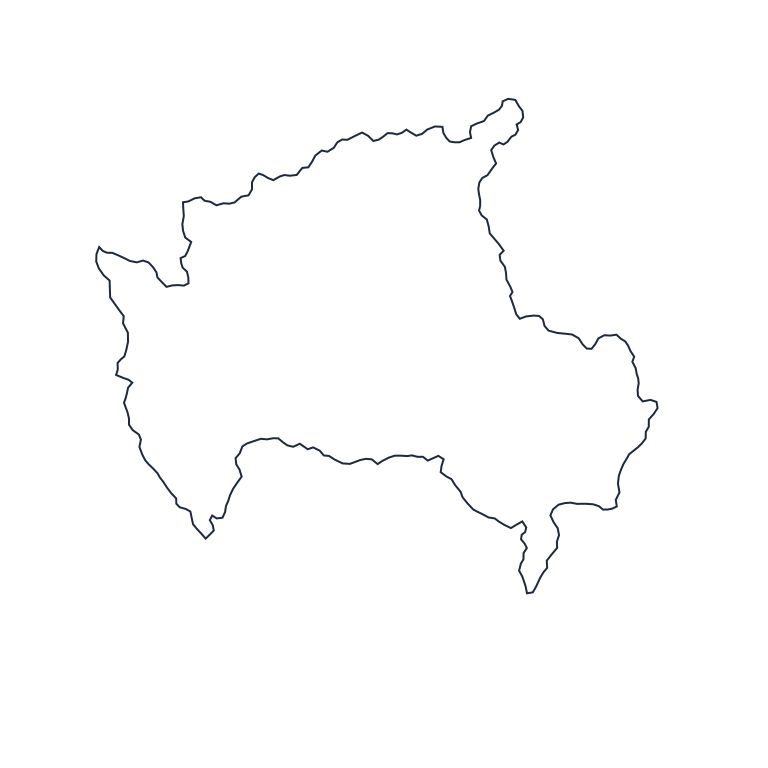 outline of Resende Costa, Minas Gerais, Brazil, rotated 333°
{"feature_id": "56859067B27120109396475", "entity_name": "Resende Costa", "entity_type": "district", "adm_level": 2, "iso_a3": "BRA", "parent_name": "Brazil", "parent_adm1": "Minas Gerais", "projection": "orthographic", "projection_center": [-44.289, -20.864], "detail": "fine", "context": "isolated", "style": "outline", "palette": "slate", "viewbox_px": 768, "rotation_deg": 333, "n_neighbors": 0, "source": "geoboundaries", "source_scale": "gbopen_adm2", "svg_char_len": 4462}
<svg xmlns="http://www.w3.org/2000/svg" viewBox="0 0 768 768"><g transform="rotate(333 384 384)"><path d="M616.8,529.7L618.7,523.7L614.2,519.1L606.6,517.0L604.9,510.0L607.3,504.3L611.2,499.1L613.0,494.6L613.7,489.9L615.4,484.2L615.4,476.9L619.3,473.3L618.6,466.7L618.9,460.5L618.3,455.6L615.6,451.2L613.5,445.6L607.6,443.6L602.5,440.6L595.7,440.7L590.3,444.4L584.9,446.9L580.7,444.4L579.0,438.9L578.2,431.6L574.1,425.3L568.2,421.4L561.6,417.2L554.9,411.2L553.4,405.2L554.9,398.5L553.1,393.8L548.5,391.0L541.2,388.3L534.6,387.5L533.5,381.8L534.7,374.8L535.7,367.7L536.2,362.8L540.2,360.4L540.7,354.8L540.5,346.6L543.2,340.3L544.9,334.4L543.7,326.9L545.7,321.4L551.1,319.6L549.9,311.5L548.2,304.5L546.6,297.9L548.8,291.1L550.3,284.1L547.6,278.2L547.4,272.7L550.5,269.0L553.3,263.6L554.7,258.4L556.6,252.9L560.5,247.7L565.0,245.1L571.0,244.9L578.6,240.9L584.0,238.4L584.4,231.8L585.7,224.3L590.5,221.7L596.3,221.2L599.2,224.8L603.9,224.3L609.8,221.5L614.3,221.5L618.8,218.6L620.0,212.9L624.6,212.7L629.0,209.7L631.4,203.5L630.3,197.8L630.0,190.5L624.1,186.3L618.1,186.0L615.4,189.7L610.9,191.8L604.9,192.1L598.3,192.0L592.5,195.1L585.2,194.1L578.7,193.9L575.0,198.5L573.3,204.3L566.6,203.2L561.1,202.9L556.5,200.6L552.6,197.7L551.2,192.8L550.9,187.2L552.8,181.4L546.4,177.7L538.0,176.9L531.6,178.4L525.5,177.4L522.1,172.1L519.4,167.5L513.8,168.3L508.8,167.5L505.3,164.4L501.0,162.1L495.3,163.3L490.2,163.9L484.8,162.6L482.5,155.6L478.6,150.0L470.7,149.8L462.2,149.8L457.8,147.2L452.3,147.4L446.4,150.8L439.1,151.4L434.5,147.7L426.5,149.3L421.1,153.1L415.0,156.6L409.3,154.4L401.1,158.1L394.7,155.7L390.1,152.6L385.5,151.8L377.9,152.1L374.1,147.7L371.2,143.0L367.9,139.6L362.6,141.1L358.0,144.3L354.8,150.6L349.0,154.4L341.9,152.3L333.2,154.4L328.0,153.1L323.0,150.1L315.8,148.7L312.2,143.0L307.4,139.3L305.7,134.5L299.5,132.6L292.5,132.5L287.4,130.8L285.2,135.7L281.8,143.6L276.9,150.0L274.5,156.3L273.4,163.3L276.7,169.9L273.1,173.2L269.2,176.7L265.0,179.7L259.9,179.5L258.2,184.2L257.4,188.9L259.4,194.5L258.0,200.3L255.5,205.5L250.4,205.5L245.5,202.4L240.0,200.0L234.3,198.7L232.2,192.0L230.5,186.2L231.9,181.3L231.3,175.3L229.4,168.8L225.3,164.6L219.0,163.4L213.4,159.0L209.4,153.5L205.6,148.7L201.6,143.9L196.7,141.2L193.8,137.7L192.4,132.7L186.8,137.7L183.2,144.2L182.4,151.5L183.6,160.0L186.5,167.3L182.4,175.9L179.3,182.6L180.3,189.2L181.5,197.4L182.9,205.4L179.0,211.5L179.1,222.0L175.2,230.0L169.9,236.6L165.2,241.5L160.9,242.5L156.2,244.3L153.3,250.3L149.4,254.3L154.5,260.3L158.3,264.2L160.3,268.6L154.4,271.0L151.0,275.2L147.7,279.0L143.8,282.7L142.6,292.9L141.1,299.0L138.3,304.5L139.2,311.1L142.6,317.6L142.2,323.1L137.5,329.1L136.6,336.8L136.6,343.4L137.7,348.1L140.0,354.8L141.7,360.8L141.9,365.8L142.9,370.7L143.6,377.7L144.9,385.0L146.9,391.6L144.6,396.4L146.1,401.2L150.7,405.4L153.6,409.7L151.7,416.5L150.2,422.3L151.5,428.2L153.2,434.0L154.9,440.8L161.0,438.9L165.8,437.3L167.3,432.3L167.0,426.2L171.2,423.2L173.9,427.8L179.4,429.8L184.3,425.9L187.8,421.0L192.1,417.5L196.2,413.3L201.9,408.9L208.1,405.5L215.1,401.9L216.4,394.7L215.9,388.4L218.1,382.7L224.1,380.2L229.5,375.3L234.9,374.8L242.7,375.9L249.4,376.9L254.6,380.2L260.6,382.0L265.1,384.4L267.8,390.7L270.2,395.0L274.6,398.7L281.9,399.0L286.4,407.5L292.1,408.3L296.5,414.3L297.9,420.3L302.4,423.2L305.7,428.9L311.1,436.0L317.4,439.7L323.4,440.4L328.1,440.9L333.8,442.4L338.9,445.6L342.0,452.5L347.6,451.8L355.1,451.8L361.2,452.8L366.8,455.7L372.0,458.8L376.5,460.3L380.7,464.0L385.7,466.6L388.2,472.1L394.2,472.4L399.8,472.7L403.0,478.1L398.1,483.1L394.5,488.3L397.6,494.7L400.9,499.4L401.5,506.5L403.3,514.8L402.6,520.6L404.3,528.6L406.5,536.2L409.4,540.4L412.5,544.5L416.6,550.4L421.7,554.1L423.7,558.4L427.3,564.2L431.7,570.0L438.1,569.5L444.8,569.2L445.6,576.3L442.6,580.0L438.3,580.8L435.6,584.6L436.8,589.8L436.8,595.0L431.7,597.9L428.6,603.6L424.4,606.2L419.6,611.7L419.8,618.4L419.1,623.4L418.3,628.6L416.4,635.4L422.0,637.2L427.9,633.3L435.1,627.6L440.5,624.2L445.9,621.9L448.8,615.3L456.6,611.7L463.9,608.6L466.5,602.9L471.3,598.2L473.3,591.4L472.4,584.4L472.6,576.6L477.7,572.4L484.7,570.8L491.1,572.2L496.5,574.5L501.5,578.4L508.8,582.0L515.6,586.0L520.0,590.4L522.1,595.3L526.3,597.4L530.9,598.7L535.8,598.8L537.9,592.5L544.6,587.5L547.2,579.0L551.6,572.4L556.2,568.0L561.3,563.8L566.9,560.4L570.5,557.9L575.9,556.8L581.7,555.6L586.8,554.0L592.4,551.3L595.6,545.4L600.5,542.3L603.9,535.8L610.6,533.2L616.8,529.7Z" fill="none" stroke="#1e293b" stroke-width="2"/></g></svg>